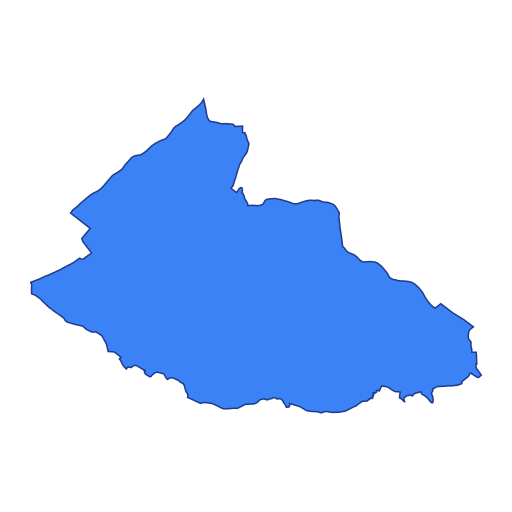 Bichis, Mures, Romania
{"feature_id": "2599482B14614576854068", "entity_name": "Bichis", "entity_type": "district", "adm_level": 2, "iso_a3": "ROU", "parent_name": "Romania", "parent_adm1": "Mures", "projection": "mercator", "projection_center": [24.102, 46.369], "detail": "fine", "context": "isolated", "style": "filled", "palette": "blue", "viewbox_px": 512, "rotation_deg": 0, "n_neighbors": 0, "source": "geoboundaries", "source_scale": "gbopen_adm2", "svg_char_len": 6070}
<svg xmlns="http://www.w3.org/2000/svg" viewBox="0 0 512 512"><path d="M367.4,401.0L368.5,399.5L369.4,399.6L369.8,399.3L369.9,398.7L370.8,398.0L371.5,398.4L372.3,398.4L372.5,398.2L373.0,397.1L373.0,396.6L372.6,396.1L372.5,395.7L373.6,395.3L373.7,395.0L373.6,394.6L373.1,394.0L372.9,393.4L372.9,393.0L373.2,392.7L373.9,392.6L374.2,392.7L374.3,392.9L374.9,393.3L375.2,393.1L376.3,392.3L376.7,391.6L376.8,391.1L376.3,391.1L376.2,390.9L376.3,390.7L377.1,390.3L378.3,390.4L379.2,391.0L381.6,386.0L386.5,386.7L388.0,387.2L392.3,390.1L394.1,391.1L395.6,391.7L398.7,391.8L400.2,392.1L399.6,395.9L399.5,397.9L400.6,398.3L402.1,399.5L404.4,401.8L404.6,401.8L404.1,399.8L403.9,398.5L404.0,397.3L405.2,397.0L406.7,395.7L409.1,395.4L410.1,394.9L410.6,394.8L410.9,395.1L411.1,395.4L411.7,395.8L412.7,395.9L413.0,395.3L413.2,394.5L413.6,393.9L414.0,393.7L414.5,393.9L415.7,393.1L416.6,393.0L418.3,392.4L420.4,392.0L421.2,392.0L421.2,392.8L421.6,393.8L422.7,394.7L424.1,395.3L427.8,398.3L430.6,402.0L432.0,402.8L432.7,402.7L433.1,401.1L433.1,399.6L432.7,396.6L432.1,394.9L431.5,393.7L431.5,393.1L432.4,391.6L432.8,390.6L432.9,388.7L433.8,388.4L436.5,386.9L437.4,386.6L444.5,386.2L448.3,385.8L451.5,385.9L457.8,385.1L461.2,383.9L461.9,383.4L461.8,382.3L461.6,381.8L468.0,376.8L469.8,374.1L470.3,373.1L470.7,373.1L477.1,377.2L478.7,377.5L481.3,375.1L476.4,368.3L475.6,364.4L476.8,364.1L476.4,354.4L476.1,352.2L471.9,352.3L471.9,350.8L471.6,348.8L470.9,345.5L470.9,344.8L471.0,344.1L471.0,342.4L470.8,341.6L470.3,340.8L468.8,339.4L468.5,338.1L468.3,336.3L468.4,333.5L469.0,331.3L469.5,330.2L471.1,328.6L473.4,326.9L463.9,319.7L453.2,313.2L440.8,303.7L435.2,308.1L434.1,307.5L432.7,306.5L430.8,304.8L427.8,301.2L425.4,297.8L422.7,292.7L419.1,288.1L418.1,287.1L414.7,284.1L412.0,282.4L408.9,281.6L405.1,281.1L400.1,280.9L399.2,280.6L398.5,280.6L397.4,280.5L396.0,279.9L393.5,279.6L391.5,278.7L390.3,278.0L389.4,277.0L388.3,275.3L387.7,273.9L387.1,273.0L384.2,269.4L381.2,266.0L377.4,263.0L374.9,262.1L371.5,261.6L369.2,261.6L363.5,262.0L362.3,261.7L360.5,260.5L359.3,259.5L357.1,257.1L353.9,254.7L353.0,254.3L350.5,253.4L348.5,252.5L346.4,250.8L345.6,249.9L345.1,248.9L344.6,248.3L343.6,247.2L342.7,246.6L341.7,238.7L339.9,226.7L339.7,223.6L339.3,221.7L339.2,219.5L338.8,217.6L339.1,215.8L339.2,212.6L338.3,211.1L337.3,209.3L335.4,206.4L334.4,205.3L333.3,204.4L328.8,202.7L327.6,202.4L322.5,201.9L319.5,200.5L317.1,200.2L315.5,200.2L314.2,201.0L313.6,200.4L310.5,200.2L308.5,200.4L305.9,200.9L301.7,202.2L298.3,203.5L296.8,203.8L293.6,203.7L286.5,201.2L284.9,200.9L281.3,199.7L275.0,198.5L269.3,198.9L267.0,199.4L266.4,199.6L265.7,200.0L264.8,200.9L263.3,203.8L262.8,204.3L260.8,205.2L257.9,205.7L252.9,205.3L247.9,205.6L247.6,205.4L247.7,203.7L245.7,200.1L245.1,199.5L244.4,197.6L244.3,196.4L242.8,193.1L242.0,192.6L241.9,192.4L242.0,191.9L242.4,190.8L242.4,189.8L242.2,188.7L241.8,187.7L241.1,187.6L240.4,187.7L239.8,188.2L238.7,189.2L237.9,190.7L236.6,192.5L232.9,189.9L231.1,188.2L231.8,187.2L232.7,186.3L233.1,185.6L235.1,179.0L235.5,178.3L236.2,175.5L237.3,171.8L238.0,169.2L238.5,168.2L239.0,166.8L239.2,165.6L239.6,164.5L241.4,161.8L243.0,157.8L246.2,153.5L247.3,151.3L248.8,144.6L248.9,143.5L248.4,142.5L247.5,140.4L246.7,138.1L246.3,136.0L245.9,135.0L245.0,133.6L245.0,132.8L243.6,132.8L242.7,132.9L242.5,131.0L242.5,129.6L242.6,126.1L234.7,126.5L234.6,125.8L234.2,125.6L233.2,124.4L232.4,124.1L228.1,123.9L226.9,123.8L226.9,123.6L222.3,123.8L220.7,123.6L216.7,122.4L210.4,121.4L208.8,120.0L207.3,117.3L206.2,111.9L206.0,109.8L203.6,99.1L202.3,101.4L200.9,103.4L198.7,105.6L193.0,110.2L191.9,111.4L186.3,118.6L184.3,120.5L181.6,122.5L177.6,125.3L175.5,126.4L173.6,128.3L171.2,132.1L168.4,135.6L166.5,137.8L165.4,138.8L164.8,139.2L163.8,139.4L159.7,141.0L155.1,143.5L151.6,146.0L146.0,151.3L142.5,153.8L140.2,154.9L135.3,155.7L133.6,156.4L132.1,157.2L131.4,157.8L124.9,165.1L123.2,167.6L122.1,169.0L121.2,169.9L120.4,170.3L118.1,172.1L114.0,174.4L112.1,175.9L103.3,186.2L101.2,188.4L99.9,189.5L98.2,190.7L96.6,191.6L93.3,193.2L91.2,194.5L89.2,196.0L80.0,203.7L78.2,205.7L72.9,209.9L70.6,213.1L90.2,228.4L81.7,238.6L83.0,241.8L91.5,252.9L90.8,253.6L85.7,257.1L83.4,259.0L82.2,259.2L81.2,259.1L79.7,258.1L73.7,262.4L71.5,263.7L65.2,266.9L60.3,269.6L47.5,275.5L46.1,275.8L39.0,279.2L30.7,282.3L31.7,284.7L31.5,289.3L31.6,293.8L35.3,295.2L40.8,299.2L41.8,300.5L49.5,307.8L51.2,308.8L52.9,310.3L54.9,311.8L57.4,313.4L63.6,317.9L65.5,320.9L67.3,322.1L69.9,322.9L73.9,324.1L82.9,326.2L86.0,329.1L90.5,331.5L92.3,332.1L96.1,332.0L100.3,334.6L102.2,336.2L103.9,339.3L104.5,340.7L105.7,342.5L106.5,344.3L108.2,351.5L114.1,351.9L119.2,355.7L121.0,357.6L119.3,358.9L120.5,360.3L122.6,364.7L124.5,367.2L126.3,369.0L127.3,367.5L127.9,367.0L129.6,367.3L131.5,367.5L132.1,366.6L133.1,366.0L134.5,365.4L135.4,365.4L137.0,365.8L141.5,368.6L143.2,369.4L144.1,370.7L144.7,370.1L145.3,370.4L144.5,372.5L145.4,374.0L146.6,374.9L149.9,376.8L150.7,376.6L151.3,376.2L152.4,374.7L154.1,373.4L155.7,372.4L158.2,372.3L162.9,373.6L164.2,374.4L165.9,377.6L166.7,378.8L167.5,379.4L169.3,378.3L170.6,377.8L171.8,377.8L173.3,378.1L175.0,378.8L178.7,380.7L180.3,382.1L183.1,383.7L183.7,384.4L184.2,385.2L185.9,391.5L186.5,392.5L187.3,393.4L187.6,394.3L187.9,395.6L187.6,397.5L188.4,397.7L200.1,403.2L201.6,403.2L202.9,402.7L204.7,402.5L209.0,403.0L211.7,403.4L214.2,404.4L216.7,405.5L221.4,408.0L223.6,408.8L228.0,408.8L233.9,408.2L237.4,408.4L245.5,404.3L252.6,404.0L254.3,403.8L256.5,402.9L257.8,402.0L259.7,399.9L260.5,399.6L264.4,398.7L264.9,399.3L265.5,399.6L266.7,399.5L267.4,399.9L267.9,399.8L268.3,399.3L268.9,399.0L270.3,398.9L271.8,398.6L273.1,397.8L274.7,397.6L275.4,397.9L276.8,398.9L277.4,399.0L278.0,398.8L280.4,398.7L281.4,399.4L282.5,400.3L283.0,401.6L285.0,404.4L286.4,407.3L288.8,407.0L289.3,406.5L289.7,405.2L289.6,403.4L290.1,403.5L291.6,404.3L292.8,404.2L293.5,404.7L300.1,406.7L306.6,410.6L311.2,411.4L317.3,411.7L321.1,412.9L325.7,411.4L332.4,412.4L339.1,412.2L345.6,411.0L353.8,406.8L356.2,405.8L359.2,403.4L362.4,401.3L367.4,401.0Z" fill="#3b82f6" stroke="#1e3a8a" stroke-width="1.5"/></svg>